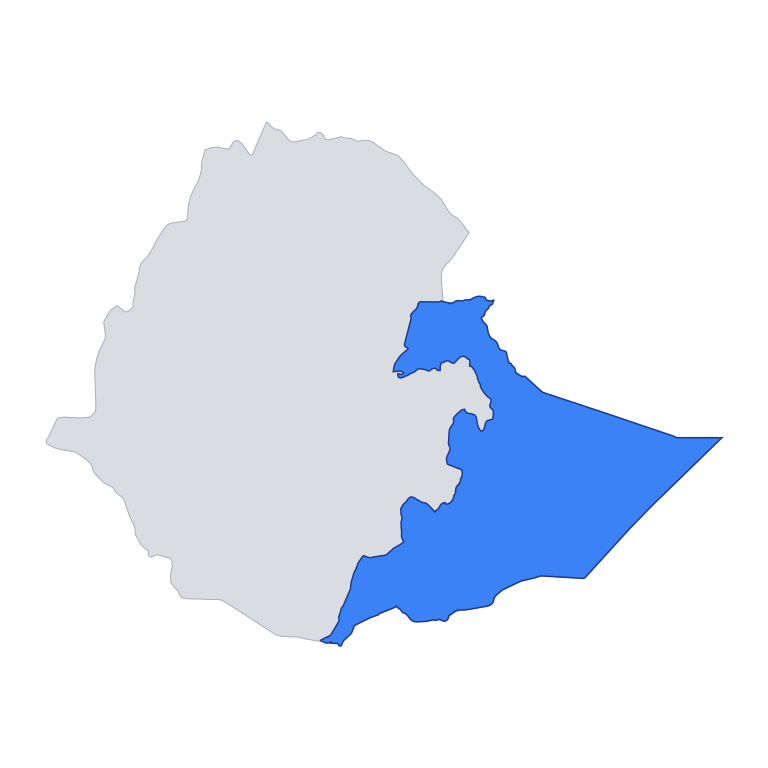 location of Somali within Ethiopia
{"feature_id": "ETH-3134", "entity_name": "Somali", "entity_type": "Administrative State", "adm_level": 1, "iso_a3": "ETH", "parent_name": "Ethiopia", "parent_adm1": "", "projection": "mercator", "projection_center": [42.488, 7.246], "detail": "fine", "context": "in_parent", "style": "filled", "palette": "blue", "viewbox_px": 768, "rotation_deg": 0, "n_neighbors": 0, "source": "natural_earth", "source_scale": "10m", "svg_char_len": 9758}
<svg xmlns="http://www.w3.org/2000/svg" viewBox="0 0 768 768"><path d="M148.5,551.5L147.7,550.6L143.8,547.5L140.1,543.3L137.8,538.7L135.6,534.9L134.5,526.4L131.8,521.2L129.1,514.9L125.0,502.7L123.3,498.5L120.1,495.7L116.6,493.1L113.1,487.7L103.8,482.9L100.3,479.2L94.1,472.8L92.6,469.6L92.2,466.3L90.2,463.3L86.8,459.9L76.2,452.5L73.2,451.7L69.4,450.9L63.8,450.1L56.3,448.5L49.8,445.6L46.8,443.6L46.1,442.1L46.7,439.8L49.1,435.7L53.6,426.1L56.7,419.5L58.8,417.6L64.6,417.2L70.7,417.4L75.2,417.8L81.5,417.9L89.1,417.3L92.1,415.1L94.5,412.7L95.5,411.0L95.8,406.7L95.8,403.3L95.4,390.1L95.1,382.0L94.7,372.7L94.8,370.9L94.8,368.5L96.7,358.6L98.4,352.9L99.6,349.9L104.4,340.5L105.3,337.5L105.4,334.7L103.7,322.0L106.8,316.0L110.7,310.1L114.2,307.5L117.0,305.8L118.4,306.5L121.7,309.3L126.0,312.0L128.1,311.4L131.1,309.0L133.3,306.5L133.0,302.1L135.0,292.9L134.6,287.6L136.7,281.0L139.1,271.7L140.1,265.9L141.4,262.7L147.7,256.3L153.2,247.1L156.6,240.4L163.3,229.5L166.6,225.5L169.3,223.8L173.4,222.7L180.9,221.7L186.3,220.7L187.1,219.3L187.6,217.1L187.7,212.2L188.7,203.7L191.0,195.5L193.8,189.3L195.3,186.4L197.1,183.7L199.1,179.0L201.6,169.0L201.5,162.2L205.1,149.7L205.9,149.7L212.1,147.4L218.1,147.0L223.9,148.6L227.7,149.0L229.5,148.2L231.1,146.1L232.6,142.8L234.9,140.9L238.2,140.6L242.5,144.3L249.5,154.4L251.3,155.0L252.4,154.7L255.8,146.7L258.5,140.4L263.6,128.7L266.5,122.0L269.2,123.9L271.8,127.3L274.9,128.9L278.1,129.9L279.7,130.1L281.7,131.4L288.7,139.8L291.2,141.7L294.5,141.9L308.3,139.2L316.6,134.3L317.9,132.4L320.2,132.4L322.9,134.6L324.0,136.6L325.8,139.4L329.0,139.8L336.9,137.8L340.8,136.7L344.1,137.6L348.3,138.4L350.9,138.4L357.2,141.2L364.7,140.3L368.3,140.4L371.9,141.6L377.9,145.9L385.6,151.2L396.7,155.0L398.9,156.5L404.3,162.5L412.6,173.9L423.4,184.9L435.2,193.6L441.6,199.5L445.8,206.9L450.0,213.5L454.3,216.4L458.2,218.6L462.3,223.7L465.2,228.0L469.2,232.7L464.8,239.3L458.9,248.1L452.0,258.3L449.9,260.8L443.8,267.0L442.8,268.8L441.6,273.2L441.5,281.3L442.3,291.7L443.1,301.2L446.4,302.4L450.2,303.0L454.5,301.8L459.7,300.7L466.1,300.1L473.2,298.2L477.3,296.6L481.7,296.7L485.6,298.4L487.5,299.9L490.3,300.4L493.8,300.4L493.0,302.1L491.1,304.8L488.7,307.4L486.6,310.1L481.9,317.7L481.8,318.7L482.4,320.2L484.9,323.7L487.5,329.3L489.0,334.4L490.1,336.9L493.3,339.8L497.9,345.6L500.4,349.6L505.5,351.7L507.1,356.7L511.0,364.1L515.1,370.0L519.1,374.6L523.5,376.4L525.3,376.5L534.6,385.1L541.7,391.5L543.4,392.6L556.2,396.8L570.9,401.7L582.7,405.6L597.8,410.6L612.6,415.5L626.5,420.2L646.0,426.9L661.7,432.2L674.1,436.4L676.8,437.7L721.9,437.7L710.8,448.5L698.2,460.8L685.0,473.6L676.4,481.9L662.9,495.0L651.7,505.9L640.2,517.8L629.7,528.6L616.1,543.5L607.3,553.2L593.5,568.3L584.8,577.8L583.5,578.3L571.1,577.6L559.1,576.9L543.7,576.0L541.9,576.0L537.4,576.9L534.7,577.8L523.6,580.4L521.6,581.0L512.4,585.1L503.0,589.9L498.0,593.6L494.2,598.9L492.5,602.7L490.8,604.4L487.9,605.9L468.2,609.5L462.5,609.9L453.3,612.8L448.3,617.6L446.9,620.1L440.3,620.0L428.8,620.7L423.9,621.5L421.4,621.6L417.0,621.6L413.4,620.7L411.0,619.4L408.0,616.5L401.3,610.4L396.5,606.7L385.8,611.0L376.2,615.3L362.6,621.4L354.8,625.8L352.5,630.2L346.5,638.1L341.1,643.1L339.1,643.6L327.0,642.6L322.6,641.6L315.4,640.7L305.7,639.0L299.1,637.1L292.1,636.9L281.9,636.3L275.6,634.9L269.2,630.5L261.0,625.2L252.6,619.7L243.8,614.0L233.6,607.5L222.3,600.4L219.7,599.7L218.6,599.6L206.4,599.3L193.7,598.9L185.2,598.7L182.5,597.9L180.5,596.3L177.9,591.0L174.5,587.3L170.8,582.5L170.5,576.0L171.5,569.0L172.5,566.7L171.9,564.4L172.1,561.2L170.0,558.2L157.5,554.8L155.5,555.1L153.4,556.4L151.0,557.3L149.3,556.4L148.3,555.1L148.3,553.1L148.5,551.5Z" fill="#d9dde1" stroke="#a8b0b8" stroke-width="1"/><path d="M721.9,437.7L651.8,505.9L629.7,528.6L588.5,573.9L584.9,577.8L583.6,578.4L541.0,575.9L539.3,576.3L535.4,577.7L521.1,581.0L502.7,589.8L495.5,595.7L495.1,596.1L494.8,596.6L494.2,598.1L493.4,601.3L492.8,602.7L491.4,604.3L489.7,605.4L487.8,606.1L465.6,609.9L458.3,610.0L456.8,610.4L455.3,611.2L452.7,613.2L449.5,615.2L448.7,615.9L448.4,616.7L448.4,618.1L448.2,618.7L447.6,619.2L447.0,620.1L444.8,621.3L442.8,621.0L440.8,619.9L438.6,619.2L436.7,620.3L436.1,620.4L435.4,620.3L434.2,619.8L433.5,619.8L429.9,620.7L428.7,620.7L426.4,621.4L416.8,621.9L414.4,621.7L412.2,620.8L410.2,619.2L407.3,615.1L406.1,614.0L405.4,613.6L403.3,612.9L402.4,612.5L402.0,612.0L401.2,610.6L400.1,609.3L397.4,607.5L396.4,606.2L393.5,608.0L379.2,613.6L378.9,613.8L378.7,614.5L378.4,614.8L370.3,617.6L370.2,617.6L369.9,617.5L369.5,617.5L369.4,617.6L369.5,617.9L369.3,618.2L355.1,625.1L354.2,626.2L352.0,631.9L351.3,633.3L350.4,634.4L343.9,640.4L342.8,641.8L341.8,644.8L341.0,646.0L339.6,646.0L338.9,645.6L338.5,645.0L338.3,644.3L337.9,643.8L336.5,643.4L330.9,643.2L331.3,642.4L331.1,641.9L330.5,641.9L328.4,643.0L326.7,643.1L325.0,642.7L320.9,640.8L321.4,640.4L321.1,640.0L324.8,638.0L328.6,636.4L330.4,635.2L331.8,633.3L338.0,622.8L339.3,620.0L338.7,618.1L338.6,617.2L338.9,616.3L340.3,612.4L341.3,608.5L341.5,607.9L343.2,605.8L350.3,589.3L350.6,588.1L350.7,585.5L351.6,580.5L352.9,576.8L353.8,573.1L355.5,569.8L358.3,562.6L362.6,556.4L363.6,555.7L364.2,555.7L365.5,556.4L367.1,557.1L370.4,557.7L371.4,557.6L373.6,556.8L374.0,556.8L375.2,556.8L376.6,556.5L378.5,556.3L381.8,555.6L383.9,555.6L384.3,555.4L384.6,555.2L385.8,555.0L386.6,554.6L393.7,548.2L400.3,544.5L403.6,542.1L402.0,538.2L401.6,537.0L401.5,535.7L401.6,532.1L401.0,523.5L401.3,521.1L401.6,520.0L401.8,518.8L401.8,517.7L401.8,516.5L401.5,515.6L401.2,514.5L400.9,513.5L401.0,511.6L400.7,509.4L401.0,508.4L402.7,505.2L403.5,504.3L406.1,501.7L408.3,498.7L409.3,497.8L410.4,497.1L412.6,497.0L414.7,498.0L416.8,499.5L422.5,502.5L424.7,502.8L425.8,503.2L426.9,503.8L427.8,504.5L435.1,512.0L435.6,510.9L436.3,510.3L438.0,509.1L438.7,508.3L440.3,505.3L441.5,503.9L443.5,502.8L445.2,502.6L445.9,504.1L447.0,504.1L448.1,503.8L449.1,503.4L450.0,502.9L450.4,502.6L451.5,501.4L451.9,501.0L452.1,500.5L452.2,500.2L452.8,499.3L453.3,498.4L454.0,495.3L455.3,493.4L455.7,492.4L455.3,491.5L455.7,490.9L455.7,490.5L455.6,489.5L455.7,489.0L456.1,488.2L456.2,487.9L456.4,486.7L456.8,486.1L458.3,485.3L458.2,484.7L458.5,484.4L458.8,484.1L458.9,483.9L459.0,483.9L459.6,482.5L460.2,481.5L460.4,481.0L460.5,480.4L460.5,479.4L460.5,478.9L460.7,478.6L461.6,477.2L462.2,475.1L462.4,472.9L461.8,470.1L461.5,469.7L447.7,464.3L447.3,463.6L446.9,462.3L446.5,459.8L446.5,458.8L446.6,457.9L447.2,456.1L449.3,451.4L450.1,448.9L449.8,446.9L449.0,445.6L448.6,444.5L448.5,443.3L449.1,432.3L449.5,429.8L450.4,427.5L452.9,424.0L453.5,422.7L453.6,421.5L453.3,418.9L453.6,417.8L455.4,415.6L457.3,413.6L461.5,410.0L464.5,409.2L466.3,412.4L466.9,413.0L472.3,414.0L474.9,415.1L476.2,417.0L477.5,424.7L478.4,427.0L479.4,429.2L480.8,430.8L482.3,431.2L483.9,429.3L485.7,422.6L486.9,420.9L487.9,420.4L491.9,419.4L492.6,418.8L492.9,417.7L493.0,416.5L493.4,414.3L493.4,413.0L493.3,411.8L493.0,410.7L492.5,409.8L490.2,407.4L489.8,405.3L491.2,401.1L490.8,399.2L490.0,398.4L488.0,397.0L487.1,396.2L484.0,392.7L481.2,388.3L480.4,386.5L480.3,385.7L480.4,384.4L480.2,384.1L479.4,383.2L478.9,382.3L477.4,378.0L477.3,377.3L477.2,376.3L477.1,375.9L474.2,370.0L472.7,367.9L471.1,366.3L469.6,366.0L469.9,361.5L469.4,359.6L467.6,359.0L465.8,357.1L463.6,356.3L461.3,356.5L459.2,357.9L454.0,363.2L453.2,363.4L452.0,362.9L448.5,361.0L447.3,360.7L446.1,360.9L444.0,362.3L443.1,362.3L441.5,362.7L440.5,365.2L440.1,368.3L440.3,370.3L439.2,370.5L438.0,370.5L437.0,370.0L436.4,369.1L435.8,368.5L434.8,368.3L433.6,368.4L432.6,368.7L431.7,369.1L430.1,370.5L429.3,370.9L428.3,370.9L424.9,369.6L421.2,368.9L419.2,368.8L417.5,369.2L417.0,369.6L415.8,370.9L414.8,371.6L413.8,372.2L412.8,372.7L410.6,373.5L409.7,374.0L408.8,374.6L408.0,375.3L407.6,375.6L407.1,375.6L406.6,375.7L406.1,375.8L405.6,376.0L404.2,376.9L402.2,377.6L401.1,377.9L400.1,377.9L399.1,377.6L398.4,376.9L398.0,376.0L397.8,374.8L397.9,373.9L398.7,373.8L400.8,374.2L401.9,374.2L403.0,373.9L403.6,373.3L403.2,372.3L401.0,371.1L398.9,371.1L396.7,371.5L394.2,371.5L393.7,371.4L393.3,371.6L393.7,368.5L394.5,365.1L395.2,363.4L399.2,357.2L401.7,354.4L407.4,349.5L408.0,348.4L407.6,347.8L405.6,347.0L404.9,346.4L404.5,345.2L404.5,344.0L411.0,319.1L411.0,317.8L410.7,315.9L410.8,315.1L411.2,314.1L412.8,312.2L416.3,308.8L417.5,306.7L417.8,305.5L418.0,304.3L418.4,303.1L419.3,302.2L420.2,301.8L438.2,302.0L439.5,301.8L440.4,301.5L441.2,301.0L441.6,300.8L442.0,301.2L443.1,301.7L448.4,302.8L448.6,303.0L448.7,303.3L449.0,303.5L449.3,303.5L449.6,303.4L449.8,303.1L450.1,303.0L452.7,302.9L453.9,302.6L455.3,301.2L456.5,300.8L459.0,300.5L461.3,301.0L462.2,301.0L462.8,300.9L464.4,300.2L464.8,300.1L465.6,300.1L466.0,300.1L467.4,299.6L468.5,299.8L469.2,300.0L469.8,300.0L470.8,299.6L473.8,297.6L477.9,296.4L479.9,296.2L483.1,297.0L484.2,297.0L485.1,297.3L486.2,299.8L487.0,300.5L488.0,300.7L489.9,300.9L491.0,301.2L491.6,301.3L492.2,301.1L492.7,300.5L493.1,300.1L493.8,300.4L493.3,301.4L492.8,303.2L492.5,304.0L491.7,304.7L489.8,305.4L489.1,306.2L488.8,307.1L488.6,307.9L488.3,308.6L487.6,309.3L486.0,310.6L485.5,311.4L485.0,312.5L484.6,314.3L484.3,315.2L483.7,316.0L482.9,316.5L482.0,316.8L481.4,317.2L481.4,318.2L482.3,320.2L483.5,322.1L486.0,324.6L486.7,325.5L487.2,326.7L487.8,330.9L488.6,333.9L489.9,336.7L491.1,338.1L495.4,340.9L496.5,342.0L497.3,343.4L497.9,344.9L498.2,346.4L499.1,348.5L500.3,349.8L502.0,350.4L504.0,350.8L505.7,351.5L506.6,353.0L507.9,360.3L508.5,362.1L509.5,363.2L510.7,363.5L511.1,363.7L511.5,364.2L511.9,365.2L512.2,365.7L512.7,366.1L513.6,366.7L514.0,367.1L515.0,369.1L515.3,370.0L515.4,371.5L515.6,372.4L516.2,373.1L522.0,376.6L522.9,376.7L524.0,376.2L524.7,376.2L525.3,376.6L541.7,391.6L543.5,392.6L610.7,414.9L622.1,418.8L674.2,436.4L676.8,437.7L721.9,437.7Z" fill="#3b82f6" stroke="#1e3a8a" stroke-width="1.5"/></svg>